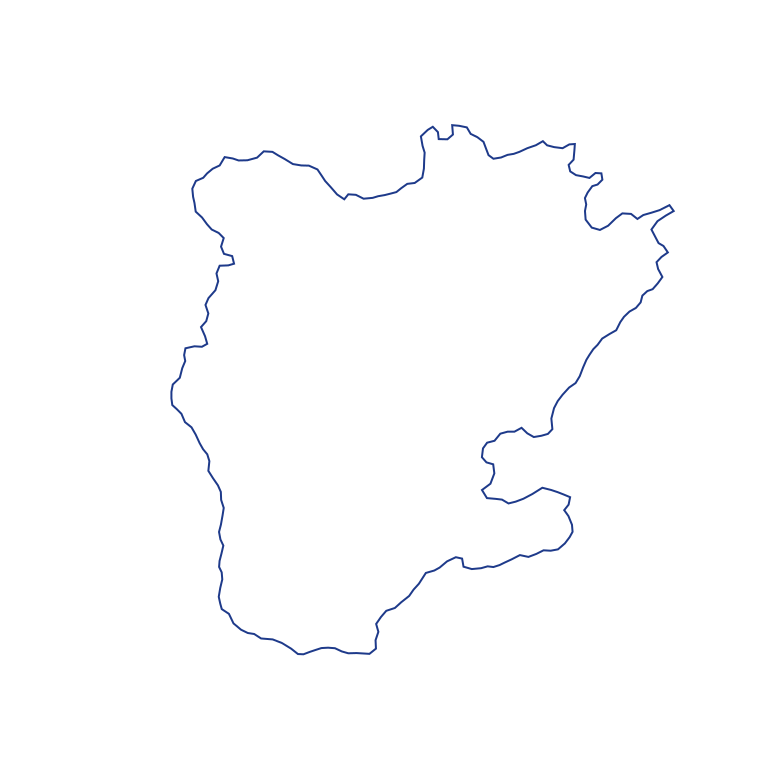 the district of Santa Rita do Itueto, Minas Gerais, Brazil, rotated 196°
{"feature_id": "56859067B20949833690763", "entity_name": "Santa Rita do Itueto", "entity_type": "district", "adm_level": 2, "iso_a3": "BRA", "parent_name": "Brazil", "parent_adm1": "Minas Gerais", "projection": "orthographic", "projection_center": [-41.399, -19.406], "detail": "fine", "context": "isolated", "style": "outline", "palette": "blue", "viewbox_px": 768, "rotation_deg": 196, "n_neighbors": 0, "source": "geoboundaries", "source_scale": "gbopen_adm2", "svg_char_len": 3586}
<svg xmlns="http://www.w3.org/2000/svg" viewBox="0 0 768 768"><g transform="rotate(196 384 384)"><path d="M599.7,558.2L602.2,548.8L608.0,543.7L612.1,537.7L614.6,532.4L620.8,527.3L622.1,518.9L619.1,511.3L616.1,505.8L612.5,497.8L604.8,493.9L598.2,488.8L592.2,485.0L584.5,483.6L578.3,480.1L578.5,471.1L573.7,465.0L565.2,465.1L561.3,458.3L566.4,455.1L574.6,452.4L575.5,444.1L571.7,437.1L571.9,427.7L576.4,418.2L577.4,410.8L572.3,403.4L572.2,395.4L575.6,388.3L569.2,380.6L565.0,373.9L569.3,369.6L576.6,368.0L584.7,363.6L584.1,356.7L581.4,351.3L582.3,343.6L582.0,333.7L586.9,325.3L586.2,317.9L584.4,311.6L581.7,305.4L576.6,302.9L570.5,299.5L564.8,292.5L557.1,289.3L551.1,283.5L544.8,276.2L539.9,271.4L534.5,267.7L530.6,261.7L528.9,252.1L522.3,246.2L515.7,240.8L511.1,235.3L508.6,227.7L503.9,220.7L503.0,213.5L502.0,203.9L501.8,196.3L498.4,189.5L493.9,184.4L493.5,176.2L493.3,168.6L492.1,162.7L488.1,158.2L485.6,151.6L485.2,142.8L484.2,133.9L480.9,127.8L477.9,122.9L469.7,120.3L462.7,112.4L453.7,108.4L446.3,107.1L439.9,107.9L432.0,105.5L420.6,107.8L410.8,106.9L400.3,104.0L392.3,100.7L386.9,102.0L381.4,106.1L376.6,109.4L371.4,112.9L365.1,115.1L358.3,116.5L350.9,115.3L344.1,115.3L336.2,117.8L323.6,120.6L318.8,127.4L321.5,135.4L321.1,144.2L325.4,151.2L322.7,159.2L319.3,166.6L311.8,171.7L307.2,179.1L301.4,187.2L298.9,194.5L295.4,201.6L291.7,213.9L284.2,218.6L279.9,222.9L274.5,230.9L267.2,237.3L260.8,237.7L257.2,230.3L248.6,230.3L239.9,233.7L234.1,237.3L228.4,238.2L223.0,241.8L218.8,245.6L212.9,250.7L206.2,257.0L197.5,257.6L190.8,262.6L184.8,268.1L177.8,269.7L171.2,273.0L166.2,280.6L163.3,288.1L162.0,293.9L164.5,300.5L170.3,307.9L176.0,312.4L173.3,318.9L173.9,326.5L180.8,327.3L187.2,327.9L194.1,328.2L203.2,327.9L211.1,319.1L218.4,312.1L225.0,307.2L231.4,303.5L238.7,305.4L244.8,304.4L253.6,302.7L260.6,309.1L254.2,317.5L253.3,328.5L256.9,336.9L263.9,336.9L269.7,340.6L271.1,349.4L268.7,356.0L262.1,359.9L258.5,368.3L252.1,372.2L245.5,374.1L239.7,379.8L232.7,376.1L225.4,374.3L218.5,377.6L212.7,381.2L209.7,387.0L213.6,396.9L213.9,407.7L212.3,415.5L209.4,422.9L205.1,431.6L200.1,437.7L198.0,445.4L197.2,454.7L196.1,463.1L194.5,468.8L192.4,475.2L189.5,480.5L186.8,487.8L181.0,494.2L175.6,499.7L173.9,508.7L171.8,514.8L168.0,521.3L162.8,526.6L159.8,533.2L160.0,540.2L156.5,545.9L151.9,549.2L148.6,556.2L145.9,563.6L152.2,570.1L155.6,576.2L152.3,582.6L147.4,588.7L153.4,593.7L158.9,595.1L163.5,599.9L169.5,606.2L166.0,615.9L159.5,623.6L153.2,630.1L158.9,634.6L167.0,627.1L174.1,622.4L181.3,617.9L185.9,612.5L193.4,615.6L201.9,613.7L206.8,607.3L212.2,597.9L218.9,591.6L227.4,591.6L235.5,597.6L238.5,605.7L239.1,612.3L242.1,618.1L241.0,624.2L238.3,631.6L233.7,634.6L230.4,640.6L233.1,646.4L238.9,645.1L243.3,638.7L249.7,638.4L257.0,637.7L263.6,639.7L266.9,645.5L263.6,651.9L265.4,661.2L266.7,667.3L271.9,665.4L277.3,659.9L285.8,658.6L293.0,658.4L298.2,661.2L303.8,655.4L311.2,650.2L317.8,644.5L322.7,641.0L328.4,638.3L333.9,634.0L340.9,630.7L346.6,632.8L350.5,638.0L355.1,644.2L362.3,647.0L369.6,648.3L375.1,653.5L383.0,652.9L389.8,651.6L386.5,642.8L390.5,636.7L398.9,634.5L401.6,641.0L408.0,644.7L412.0,640.3L416.8,632.2L412.6,623.6L408.7,617.6L407.2,610.8L405.0,602.0L404.1,593.0L409.9,585.7L416.8,582.8L421.4,577.0L425.0,571.9L430.2,568.8L435.4,565.8L441.4,562.9L446.2,559.8L454.7,556.5L463.2,558.1L470.6,556.5L473.1,550.6L481.4,553.3L489.2,558.4L496.5,562.9L501.5,567.2L507.1,571.9L516.4,573.2L523.7,571.3L532.2,570.3L541.5,572.9L548.8,574.6L555.2,576.4L563.7,574.5L568.4,566.6L577.0,561.4L585.4,558.8L591.5,559.1L599.7,558.2Z" fill="none" stroke="#1e3a8a" stroke-width="2"/></g></svg>